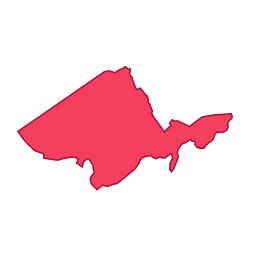 Al Jarrahi, Al Hudaydah, Yemen, rotated 58°
{"feature_id": "15242507B33824576617573", "entity_name": "Al Jarrahi", "entity_type": "district", "adm_level": 2, "iso_a3": "YEM", "parent_name": "Yemen", "parent_adm1": "Al Hudaydah", "projection": "mercator", "projection_center": [43.453, 14.104], "detail": "fine", "context": "isolated", "style": "filled", "palette": "rose", "viewbox_px": 256, "rotation_deg": 58, "n_neighbors": 0, "source": "geoboundaries", "source_scale": "gbopen_adm2", "svg_char_len": 4071}
<svg xmlns="http://www.w3.org/2000/svg" viewBox="0 0 256 256"><g transform="rotate(58 128 128)"><path d="M168.9,162.0L168.8,161.5L168.0,155.5L168.0,155.3L168.0,155.2L167.9,154.5L167.7,153.5L167.5,152.1L167.5,151.6L167.3,150.3L167.2,149.9L166.8,146.9L166.4,144.1L165.1,140.7L164.2,138.3L163.6,137.5L162.3,135.5L162.1,135.1L161.1,132.9L161.0,132.5L161.0,131.7L161.1,130.3L161.2,129.3L161.8,127.7L162.4,126.0L162.5,125.6L163.2,123.6L166.2,122.3L167.1,122.0L168.7,120.7L169.1,119.8L169.1,118.5L169.3,116.8L170.2,115.9L171.7,114.4L173.1,112.5L173.2,111.7L172.9,110.5L172.4,108.9L172.8,104.9L173.7,105.0L174.4,105.2L174.7,105.3L174.9,105.3L176.4,105.6L177.7,107.1L180.5,111.1L180.7,111.4L180.8,111.4L185.4,114.6L185.7,114.6L188.3,114.3L187.0,111.1L186.4,110.3L185.2,108.6L181.0,102.9L179.7,101.2L179.5,100.9L178.9,100.6L178.1,100.3L177.0,100.0L175.6,99.5L174.9,99.0L174.4,98.5L174.0,97.9L173.5,97.5L173.0,97.2L172.6,96.5L171.6,94.6L171.3,93.2L170.9,92.4L170.6,91.8L170.3,90.8L170.3,90.1L170.7,87.7L171.0,86.3L170.9,82.9L170.8,81.6L171.0,80.7L171.3,80.6L172.0,80.8L172.4,80.9L172.8,81.0L173.1,80.8L173.6,79.9L174.1,79.1L174.4,78.9L175.0,78.7L175.4,78.5L176.0,78.6L176.4,79.1L176.9,79.7L177.6,80.1L178.2,80.1L179.0,79.9L179.7,79.6L180.1,79.6L180.7,79.8L181.3,79.6L181.6,79.2L181.7,78.5L182.1,78.1L182.6,77.9L183.0,78.0L183.4,77.8L183.8,77.3L184.3,76.3L184.4,76.0L184.4,75.5L184.7,75.3L185.0,75.3L185.1,75.1L185.3,74.6L185.1,74.2L185.1,73.6L185.3,73.4L185.1,73.0L184.8,72.7L184.6,72.5L184.4,72.0L184.1,71.5L183.8,71.1L183.6,70.8L183.6,70.5L183.6,70.2L183.9,69.7L184.0,69.4L183.9,69.0L183.8,68.6L183.6,68.2L183.4,67.9L183.4,67.5L183.3,67.4L183.3,66.8L183.3,66.5L183.3,66.4L183.3,66.2L183.4,65.9L183.4,64.8L183.2,63.9L183.0,63.4L182.8,62.1L181.2,59.9L180.2,58.5L179.1,57.1L178.9,56.2L179.0,55.5L179.2,54.4L179.8,52.8L181.0,51.3L181.9,49.9L182.3,47.6L182.3,47.4L182.3,46.3L182.0,45.1L181.4,44.1L180.8,43.4L179.8,42.3L177.2,41.0L176.7,40.7L176.1,39.7L175.7,38.6L175.3,37.6L174.9,35.7L174.5,34.5L174.1,33.9L172.5,33.4L170.7,32.8L163.0,47.1L162.2,48.9L161.7,50.1L161.6,50.3L161.0,52.0L160.4,53.2L160.0,54.1L158.5,58.0L158.4,58.3L158.2,58.9L158.0,59.4L157.9,59.5L158.5,66.7L158.5,66.9L158.6,67.9L158.7,68.2L158.9,70.5L159.1,73.4L159.7,74.8L153.9,78.5L151.5,80.1L151.4,80.1L151.2,80.2L150.6,80.6L149.7,81.2L148.1,82.2L148.0,82.3L147.7,83.5L146.9,84.7L144.4,86.1L145.0,87.3L145.2,87.7L145.6,89.1L145.8,89.9L146.0,90.3L148.2,90.1L148.9,90.6L149.0,91.4L148.9,92.3L149.1,93.1L150.4,99.4L150.2,99.4L148.6,99.4L145.1,99.5L144.9,99.6L143.5,99.6L142.7,99.7L137.7,100.0L135.8,100.2L132.6,100.4L132.4,100.4L129.3,100.3L127.3,99.4L126.5,98.3L123.3,97.7L119.9,97.1L119.0,96.7L118.1,97.4L117.3,97.1L116.1,96.6L113.8,95.6L113.6,95.6L112.4,94.9L111.3,94.6L110.3,95.4L108.0,95.5L103.6,96.0L100.6,96.5L100.5,99.8L99.1,100.1L97.5,100.4L95.3,99.6L93.4,99.4L91.8,99.1L89.6,98.6L88.0,97.8L86.9,97.6L84.1,98.5L83.5,98.0L82.7,97.5L81.2,96.4L80.5,95.9L79.1,94.9L78.2,96.6L76.3,97.2L76.2,97.2L75.7,97.4L75.0,97.6L74.6,97.7L74.4,97.8L75.0,99.7L74.1,104.3L74.1,106.8L74.1,109.9L72.5,111.1L72.3,111.3L69.8,113.2L67.7,118.1L68.0,124.1L68.7,138.7L68.8,142.0L69.5,156.1L69.8,162.1L70.2,173.0L70.4,175.7L70.6,180.9L70.8,184.0L71.8,206.2L71.9,208.2L72.5,223.2L81.8,222.7L86.8,221.8L88.4,221.5L93.6,220.1L96.1,219.6L97.3,219.3L98.5,218.5L101.6,216.2L104.3,213.7L105.3,213.6L106.5,213.7L107.9,214.4L108.8,215.4L109.2,215.2L112.5,211.3L115.2,208.2L116.0,207.2L118.0,204.7L118.6,202.8L119.0,201.4L119.2,200.6L119.7,199.1L119.8,199.0L120.4,196.9L122.4,192.4L124.1,189.3L125.1,188.3L125.3,188.1L125.7,187.7L126.7,187.5L126.9,187.4L128.4,186.8L130.4,190.3L133.7,188.8L136.8,187.5L133.3,183.8L132.6,180.0L132.8,179.1L133.4,177.5L138.3,177.5L141.3,177.4L143.7,179.0L144.4,179.2L148.1,180.3L148.2,180.7L149.3,184.4L150.8,186.8L151.0,186.9L154.7,188.4L155.2,188.5L156.6,188.5L159.7,188.0L162.0,187.3L163.7,187.1L163.8,187.1L163.6,184.2L163.5,182.9L163.3,180.1L163.3,179.5L164.5,178.5L166.7,176.3L166.7,176.2L167.0,174.5L167.3,172.9L168.5,168.8L169.2,167.2L168.9,162.0Z" fill="#f43f5e" stroke="#9f1239" stroke-width="1.5"/></g></svg>